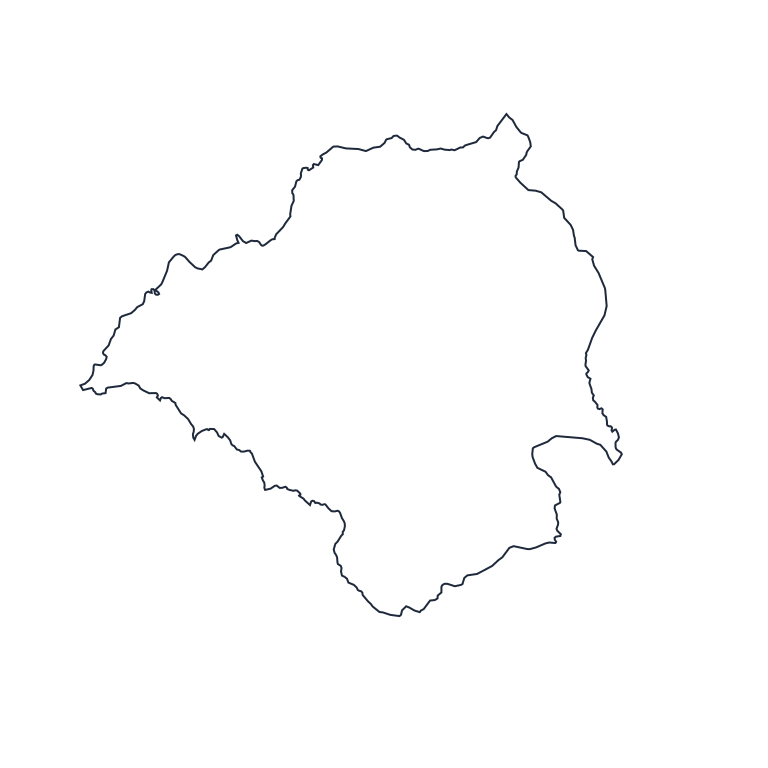 Remexio, Aileu, East Timor, rotated 147°
{"feature_id": "22284137B74211319076421", "entity_name": "Remexio", "entity_type": "district", "adm_level": 2, "iso_a3": "TLS", "parent_name": "East Timor", "parent_adm1": "Aileu", "projection": "natural_earth1", "projection_center": [125.716, -8.631], "detail": "fine", "context": "isolated", "style": "outline", "palette": "slate", "viewbox_px": 768, "rotation_deg": 147, "n_neighbors": 0, "source": "geoboundaries", "source_scale": "gbopen_adm2", "svg_char_len": 6166}
<svg xmlns="http://www.w3.org/2000/svg" viewBox="0 0 768 768"><g transform="rotate(147 384 384)"><path d="M134.3,543.7L148.4,538.6L151.7,535.9L154.6,535.4L160.7,532.9L162.4,533.2L163.5,534.0L166.2,537.6L169.7,538.2L175.0,536.7L184.8,539.6L186.4,539.9L188.9,539.4L191.2,540.8L197.5,541.6L199.6,543.8L201.6,544.5L205.5,547.5L208.2,550.6L211.7,551.9L217.8,555.3L220.1,555.5L222.8,557.0L223.9,557.9L226.6,562.2L227.4,562.8L230.1,563.3L232.5,565.2L233.4,568.4L232.7,571.0L234.3,573.6L234.3,578.0L236.8,582.4L237.6,584.9L238.7,585.8L241.0,586.8L243.7,586.1L248.2,587.7L249.2,587.7L252.2,585.9L258.0,585.1L264.2,588.0L272.3,589.2L277.5,595.0L287.6,602.3L293.5,608.5L297.2,610.7L306.4,609.5L310.3,609.9L313.4,609.6L313.9,608.2L313.1,607.0L314.0,605.7L319.9,603.4L323.1,606.7L324.5,606.2L325.4,604.1L330.5,604.1L331.2,605.2L330.4,606.7L331.5,607.8L334.3,609.1L335.2,609.0L339.1,605.9L340.3,603.6L341.5,602.6L343.7,601.4L345.5,602.0L347.1,601.7L351.1,598.0L355.5,596.5L357.0,593.9L356.8,592.5L357.2,591.4L360.0,586.7L364.6,583.8L370.2,577.5L371.2,575.5L379.2,572.5L383.1,570.6L392.8,568.3L396.0,566.2L396.8,565.1L398.8,566.2L400.7,566.3L407.5,565.7L409.8,565.8L410.9,566.4L411.4,567.7L411.4,571.0L412.5,573.1L414.4,574.1L417.2,576.5L422.8,577.3L424.5,580.6L425.0,586.9L425.8,589.1L427.2,589.2L428.7,584.5L429.1,581.6L431.4,582.4L438.2,582.3L448.7,586.3L449.8,586.3L457.0,585.1L461.8,581.6L464.8,581.4L470.4,579.5L473.9,579.0L477.5,582.6L478.8,584.8L480.6,592.1L481.6,598.8L482.4,600.6L484.8,604.3L486.2,605.2L488.6,605.8L490.7,605.5L498.1,603.2L504.3,597.1L514.6,590.0L516.6,588.9L524.2,587.5L524.3,586.5L523.3,583.7L523.6,582.0L525.1,582.0L526.6,583.2L526.9,584.7L525.6,587.3L525.7,589.1L527.3,590.1L528.2,589.3L529.2,587.0L530.6,588.4L531.3,589.8L533.3,590.2L535.2,589.6L540.1,584.0L542.9,582.3L549.1,582.9L552.5,581.8L557.5,581.1L566.8,583.5L569.3,583.2L575.4,576.0L579.6,576.0L584.3,571.9L588.4,570.5L594.0,566.3L601.2,564.5L602.2,563.8L602.8,563.0L602.9,561.2L602.0,559.8L601.8,557.8L603.5,556.2L607.2,554.2L610.4,553.8L611.4,554.0L615.7,557.8L616.6,557.9L617.7,557.2L620.5,553.3L623.6,550.3L629.0,547.9L634.5,547.1L639.4,548.2L639.7,542.8L631.3,539.9L630.8,538.6L631.3,536.5L630.6,534.3L630.9,532.9L629.8,531.4L627.2,529.5L625.6,529.5L622.5,528.0L619.5,531.5L617.6,531.4L605.7,525.7L599.6,525.1L598.0,523.6L593.6,521.4L592.4,519.9L590.6,516.3L590.8,513.0L589.4,509.8L586.0,504.2L580.2,500.6L579.6,499.4L579.9,497.4L581.8,496.5L580.8,492.2L578.7,493.8L577.3,493.8L575.8,491.6L571.7,489.3L571.1,487.4L571.2,485.5L569.3,481.7L570.1,480.1L570.2,469.9L568.7,466.6L567.4,461.4L567.6,455.4L567.2,452.3L567.9,449.8L569.7,447.5L571.6,446.0L573.2,442.8L573.3,440.3L569.8,442.9L567.3,443.7L562.4,443.8L557.9,442.9L556.6,442.2L556.4,441.0L555.7,440.7L554.5,441.2L551.0,438.7L550.4,434.2L551.0,430.5L549.3,427.4L548.3,427.3L545.2,429.2L544.7,427.3L544.0,424.3L543.7,420.5L544.7,417.0L544.5,415.2L543.4,413.5L543.1,409.3L541.4,407.4L540.7,405.2L538.3,403.6L534.5,402.3L532.8,401.0L533.1,399.7L532.7,397.5L534.6,389.1L534.4,377.6L535.8,372.2L537.4,372.2L538.1,368.9L538.1,366.5L539.4,363.9L540.9,362.1L541.4,359.9L536.1,358.0L531.1,358.1L529.3,357.3L528.1,353.7L526.0,352.4L522.6,351.5L522.0,349.9L522.3,348.6L520.9,346.6L518.2,343.8L516.4,343.2L514.9,341.9L513.9,337.7L514.4,336.7L516.0,336.7L516.0,336.1L513.9,331.6L513.8,329.5L512.0,322.8L509.1,325.1L507.7,325.1L507.0,324.5L506.5,324.0L506.4,321.6L504.9,321.0L503.1,319.0L502.9,317.5L501.6,316.3L499.4,315.6L498.7,314.9L498.3,310.0L497.3,305.9L494.8,304.0L492.0,303.0L491.2,301.9L491.0,300.0L492.3,294.5L492.4,290.6L492.9,288.4L494.2,286.1L497.2,283.1L499.2,282.4L500.4,280.4L502.1,280.2L508.8,277.1L511.9,276.4L516.3,272.6L517.4,269.2L517.3,266.7L517.8,264.1L520.3,259.5L520.7,258.1L519.3,255.0L519.8,252.9L522.2,250.1L523.6,246.2L522.1,243.8L521.1,240.9L522.0,236.8L518.7,232.0L517.8,228.3L518.1,225.5L517.5,224.2L516.0,222.5L515.8,220.8L516.8,218.6L515.8,210.5L514.8,206.4L514.7,203.6L512.0,195.3L509.3,193.0L504.4,186.9L497.4,180.9L495.4,181.2L492.2,184.3L486.5,185.5L484.6,182.9L481.8,177.4L478.3,173.2L476.4,173.9L473.3,173.6L463.3,177.3L459.0,175.1L455.9,175.0L454.2,177.3L449.4,177.9L446.3,182.6L445.1,183.4L443.4,183.6L441.9,183.4L439.6,181.8L434.7,175.8L428.9,173.6L427.1,173.5L422.3,177.6L418.3,178.1L409.4,174.0L392.4,172.5L383.8,174.0L379.2,174.2L368.1,178.3L363.6,177.4L353.7,167.5L351.7,166.1L345.4,164.1L335.5,162.4L331.8,161.1L326.9,157.3L325.6,157.8L325.5,160.6L324.7,162.1L322.8,162.3L318.9,160.5L317.5,161.7L318.6,166.5L318.2,168.6L314.6,171.3L313.2,173.2L312.5,177.1L310.2,180.3L308.7,186.7L306.8,189.0L301.2,188.5L300.4,188.9L297.3,195.7L295.1,197.2L294.4,200.8L295.4,203.6L295.5,205.2L294.7,214.7L296.1,218.2L296.3,222.4L301.0,230.1L300.7,234.9L299.2,241.7L297.9,244.4L294.2,249.0L292.6,249.2L278.2,246.5L273.0,247.1L268.0,246.6L247.1,230.4L241.8,225.1L237.9,217.8L235.7,215.2L234.3,206.2L235.6,199.9L235.4,195.3L235.8,192.0L234.7,191.4L228.6,192.6L222.8,195.6L222.6,197.4L224.5,202.1L224.6,203.6L224.0,205.2L222.0,208.4L221.0,209.2L218.3,209.7L216.1,211.2L214.7,215.2L214.3,219.5L215.3,220.0L218.5,219.7L218.4,221.2L216.6,223.1L216.6,224.2L217.0,225.2L218.2,225.8L219.2,227.4L219.0,228.7L217.7,230.6L215.6,235.4L216.8,238.3L216.8,240.5L214.4,243.7L214.9,245.2L217.0,245.6L218.0,246.8L217.9,248.1L216.4,250.1L216.7,254.0L217.4,256.4L216.3,258.8L214.3,260.1L214.4,263.5L212.8,266.7L211.4,272.5L210.7,273.6L208.0,275.9L209.4,278.9L209.1,281.8L208.5,282.6L206.5,283.0L204.9,283.9L205.2,289.2L204.3,290.8L201.9,293.5L200.6,296.1L198.4,298.1L197.9,299.9L194.4,301.6L184.3,309.3L177.3,313.5L161.7,321.5L154.8,328.1L147.2,342.4L146.5,344.2L143.6,360.2L143.4,368.8L141.4,375.2L139.5,376.6L142.1,385.4L148.0,389.7L148.5,390.6L147.8,396.0L144.4,402.9L143.9,405.0L141.5,410.3L140.8,415.8L142.4,425.2L139.4,431.6L139.3,432.9L141.7,442.1L144.0,446.6L147.7,459.1L151.5,463.5L157.3,468.0L160.0,478.6L160.9,484.8L160.8,486.2L160.2,487.0L158.6,487.5L156.8,489.9L153.3,492.2L149.9,496.7L149.0,497.0L145.5,496.4L139.8,498.8L138.5,500.3L137.0,501.2L131.5,503.3L129.6,507.3L128.3,513.2L128.3,514.5L132.0,519.7L132.3,520.8L133.0,527.5L132.4,535.4L133.8,539.3L134.3,543.7Z" fill="none" stroke="#1e293b" stroke-width="2"/></g></svg>